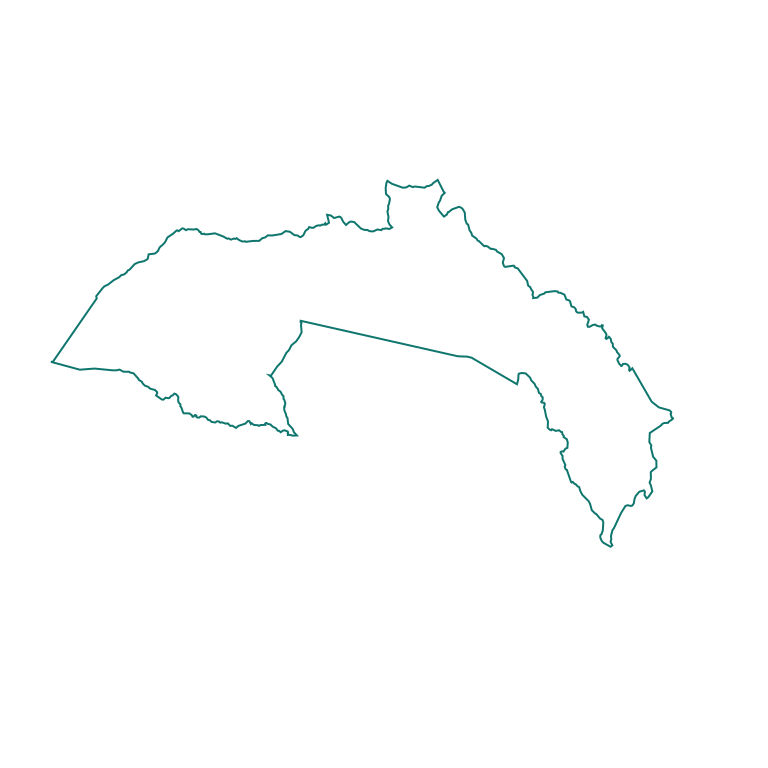 Calcahualco, Veracruz, Mexico, rotated 39°
{"feature_id": "50627088B11703653351845", "entity_name": "Calcahualco", "entity_type": "district", "adm_level": 2, "iso_a3": "MEX", "parent_name": "Mexico", "parent_adm1": "Veracruz", "projection": "orthographic", "projection_center": [-97.165, 19.101], "detail": "fine", "context": "isolated", "style": "outline", "palette": "teal", "viewbox_px": 768, "rotation_deg": 39, "n_neighbors": 0, "source": "geoboundaries", "source_scale": "gbopen_adm2", "svg_char_len": 6165}
<svg xmlns="http://www.w3.org/2000/svg" viewBox="0 0 768 768"><g transform="rotate(39 384 384)"><path d="M111.2,576.4L138.6,564.3L149.3,554.2L164.4,544.2L167.5,541.7L169.5,539.2L173.6,538.5L178.5,534.7L179.5,534.9L182.6,533.3L189.9,534.5L190.9,535.1L194.5,534.6L196.0,535.4L199.1,535.8L202.5,534.6L205.1,534.8L209.8,532.8L212.8,533.1L213.5,533.9L214.1,536.3L221.0,535.9L222.4,535.0L222.9,532.1L225.4,530.7L226.0,529.9L226.1,527.3L227.0,525.7L227.1,523.4L229.0,522.8L232.2,523.4L234.3,526.3L236.2,527.7L238.6,527.9L239.8,529.5L241.3,529.8L245.8,532.6L246.8,532.8L251.3,529.3L254.2,529.2L255.8,529.9L256.4,529.5L256.7,527.1L257.2,526.7L258.0,526.6L258.5,527.5L260.1,527.5L261.5,526.4L261.9,524.5L264.7,522.4L267.1,521.9L269.9,522.6L271.6,521.7L273.8,522.0L277.0,520.2L277.7,518.1L279.2,517.0L281.1,517.1L281.9,515.9L286.0,514.4L287.4,512.9L290.9,513.3L292.3,511.9L296.7,511.2L297.2,508.2L301.2,502.0L301.5,498.6L302.7,497.6L305.7,498.9L305.8,497.8L308.6,497.7L312.0,495.4L313.2,495.2L313.8,493.7L317.5,490.4L316.7,489.8L316.6,488.9L317.1,488.3L319.2,488.0L321.2,486.9L324.3,487.2L327.8,486.4L330.9,487.1L332.1,486.4L334.1,486.5L334.9,483.6L336.0,482.5L339.0,481.5L339.8,481.8L340.2,482.9L340.7,483.0L341.4,484.1L342.5,483.0L345.7,481.5L348.7,478.8L344.5,478.2L341.1,476.3L334.7,475.4L330.3,471.1L328.6,470.7L327.0,469.3L323.0,467.1L320.9,464.7L321.2,464.1L320.4,463.5L320.1,462.1L319.0,460.7L316.2,458.9L315.1,458.7L313.6,456.7L312.0,456.6L308.3,455.1L305.6,455.2L302.7,454.0L300.5,454.0L300.2,453.3L293.5,449.5L289.4,449.4L290.9,448.6L290.0,437.5L290.5,431.0L288.5,421.3L288.8,417.4L287.7,412.1L288.9,406.1L288.5,400.7L287.4,395.6L282.2,390.2L281.6,388.7L280.4,388.5L279.5,387.3L423.9,316.0L431.7,310.2L435.7,308.4L487.5,300.5L485.4,295.9L482.5,291.9L482.4,290.9L484.3,288.6L487.5,286.6L493.5,287.1L496.1,288.5L500.9,289.1L503.6,290.5L506.8,291.0L510.0,293.4L512.2,293.1L513.9,294.4L515.7,294.5L517.2,296.4L517.4,299.0L518.5,299.0L520.2,297.9L521.5,298.3L523.0,301.5L525.3,302.9L530.4,307.2L534.9,309.8L538.7,314.9L541.4,315.2L543.0,314.7L543.0,313.4L546.9,312.4L549.3,309.7L551.4,309.9L552.7,309.3L554.3,310.8L556.4,311.2L557.0,312.2L560.9,311.9L563.6,313.8L566.7,318.2L565.7,320.0L566.0,323.6L564.6,324.4L564.1,325.8L564.7,326.5L568.1,327.6L569.9,329.8L576.0,332.9L576.4,334.5L579.0,336.0L580.2,335.7L591.0,342.4L591.8,342.5L592.4,341.3L594.8,341.7L596.1,341.3L599.0,341.7L600.6,341.3L603.7,343.5L607.8,345.3L616.9,346.3L619.6,347.5L624.9,351.3L629.8,351.8L630.6,351.4L636.6,352.6L639.4,352.1L641.6,353.6L646.2,360.1L647.5,363.7L647.3,365.3L648.5,367.0L650.0,368.0L652.2,369.0L654.4,369.3L662.5,367.9L663.0,365.7L659.4,364.1L658.3,361.6L656.0,359.2L653.5,353.7L653.4,351.3L649.4,335.0L648.4,326.9L649.5,325.0L652.6,323.4L653.5,322.1L653.2,319.4L651.2,316.0L650.1,312.8L650.2,307.2L652.9,303.1L654.4,303.4L656.4,306.4L660.1,307.6L660.6,305.6L660.1,298.6L655.3,294.9L652.4,293.4L651.2,289.8L646.9,284.8L646.8,283.5L648.2,277.3L643.9,272.2L639.0,271.2L631.6,265.6L630.5,263.6L626.7,262.1L621.4,254.8L625.3,242.2L625.4,239.7L626.4,237.9L629.2,235.4L629.0,234.3L630.4,229.5L630.2,228.8L628.6,228.9L625.6,226.9L625.3,225.5L624.7,225.0L622.5,224.8L612.3,229.2L603.1,229.3L567.1,215.5L566.6,219.1L565.7,218.9L564.4,216.6L561.2,215.7L559.0,216.3L557.1,218.1L557.4,220.1L557.0,220.7L553.9,220.2L550.2,218.4L549.7,217.6L549.7,214.1L548.9,213.3L544.9,212.5L543.5,211.6L538.5,211.0L536.3,208.6L534.4,208.4L531.9,206.3L530.0,205.8L528.9,205.9L529.0,207.8L528.4,209.0L527.4,209.0L526.1,205.9L524.7,205.0L518.5,203.4L517.1,200.8L516.3,201.2L516.5,202.7L515.4,203.6L512.5,204.8L510.7,204.9L509.1,206.9L507.8,210.1L506.5,211.2L504.8,210.2L502.8,205.1L499.6,204.1L497.2,205.4L493.4,202.6L492.7,204.2L489.9,206.5L488.5,206.8L487.2,206.4L486.0,205.2L483.6,204.7L480.8,205.7L476.5,202.6L475.0,202.6L472.6,203.6L468.0,201.0L463.7,202.1L462.0,203.3L460.7,202.8L458.0,204.6L451.7,211.2L451.7,212.7L449.2,216.7L448.8,220.4L445.9,223.3L445.7,222.7L443.3,221.3L442.5,219.5L441.5,218.5L439.5,218.1L436.9,216.8L433.9,216.7L430.4,213.8L415.2,210.0L412.1,211.1L411.2,210.3L410.3,210.4L404.4,216.8L402.9,216.8L400.0,215.0L398.0,210.6L393.7,209.0L388.5,209.9L386.6,209.3L383.0,210.8L382.1,211.8L378.1,211.9L376.0,212.7L375.4,213.7L374.6,213.8L367.7,213.2L366.5,213.6L364.3,212.8L359.1,213.2L356.8,211.6L353.8,210.7L349.1,207.2L347.4,207.3L343.8,205.2L338.8,199.9L334.7,198.4L333.0,198.4L330.8,199.1L327.0,205.4L326.1,209.6L325.6,210.1L326.2,212.9L325.2,216.2L317.5,214.7L314.1,213.1L312.3,208.3L312.2,206.4L310.4,201.4L310.9,197.2L309.3,197.0L297.3,191.6L295.8,196.7L295.7,199.0L294.3,201.8L292.7,203.4L292.0,205.9L283.7,211.1L282.4,212.9L278.8,213.9L277.6,217.2L275.1,219.6L264.3,223.4L258.8,224.0L259.4,226.3L262.0,230.7L266.0,235.1L270.4,235.4L272.2,236.5L274.6,241.0L274.9,242.6L277.4,245.7L278.0,247.7L282.4,251.4L284.6,254.9L287.9,256.6L291.8,257.2L290.6,260.1L287.2,262.1L287.0,262.8L285.3,264.2L285.1,266.1L281.6,268.1L279.6,272.2L276.5,274.4L274.3,274.7L271.5,276.7L268.2,277.7L258.9,276.9L256.0,278.6L255.1,280.3L254.4,284.3L250.2,283.6L246.0,281.7L243.9,282.0L240.8,286.4L236.6,286.5L233.3,288.3L239.8,293.3L238.7,296.7L237.2,296.0L237.1,298.0L235.8,298.9L234.6,301.2L233.4,301.7L231.8,303.9L231.0,306.8L229.8,307.9L227.1,309.2L227.5,311.4L226.8,313.1L226.7,315.0L227.7,319.1L227.1,321.6L226.3,322.7L223.3,323.0L220.6,324.7L215.1,324.9L211.3,327.1L209.8,332.1L203.8,338.8L200.2,341.6L199.4,344.9L197.7,347.2L196.9,351.3L192.0,355.4L187.2,360.4L186.3,360.5L184.3,362.4L180.9,363.3L177.7,363.4L177.3,364.7L175.8,365.4L174.2,368.1L171.5,368.7L170.7,369.8L166.3,370.5L157.8,373.3L152.6,378.8L150.2,380.6L149.5,380.5L148.1,382.1L147.0,382.1L145.8,381.3L145.0,381.9L143.0,381.3L140.8,381.5L138.8,383.8L134.2,387.1L133.3,389.1L130.5,389.3L129.3,390.0L128.2,394.5L126.6,394.7L126.2,395.3L125.5,399.8L123.5,406.3L124.6,411.6L124.4,415.3L123.8,417.6L123.8,420.0L124.6,422.5L124.3,425.3L123.7,427.0L119.5,431.3L121.6,435.5L121.4,436.5L120.1,439.7L116.6,444.0L114.8,447.6L114.3,455.4L113.5,456.8L113.7,459.5L113.0,462.6L111.4,464.5L110.9,467.9L108.6,473.4L107.0,480.4L105.3,483.9L105.0,486.2L105.1,496.9L106.9,498.3L112.7,575.0L111.2,576.4Z" fill="none" stroke="#0f766e" stroke-width="2"/></g></svg>